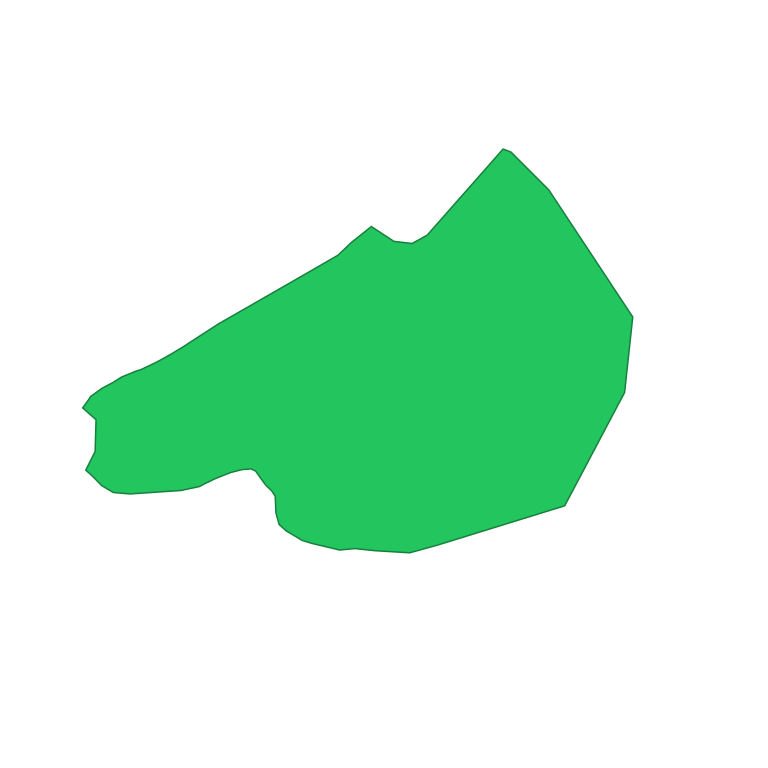 Abu Jabrah, Eastern Darfur, Sudan (orthographic projection), rotated 310°
{"feature_id": "16777658B57508233382932", "entity_name": "Abu Jabrah", "entity_type": "district", "adm_level": 2, "iso_a3": "SDN", "parent_name": "Sudan", "parent_adm1": "Eastern Darfur", "projection": "orthographic", "projection_center": [26.739, 10.949], "detail": "fine", "context": "isolated", "style": "filled", "palette": "green", "viewbox_px": 768, "rotation_deg": 310, "n_neighbors": 0, "source": "geoboundaries", "source_scale": "gbopen_adm2", "svg_char_len": 1239}
<svg xmlns="http://www.w3.org/2000/svg" viewBox="0 0 768 768"><g transform="rotate(310 384 384)"><path d="M126.3,210.9L126.0,219.9L125.6,224.1L124.7,233.0L126.9,246.4L136.5,260.1L171.8,296.8L186.9,308.6L192.4,310.8L200.7,314.5L201.8,315.0L206.1,317.2L217.4,323.3L227.2,330.3L230.4,333.6L233.4,336.6L234.7,341.1L234.8,341.6L232.6,349.8L230.5,358.5L229.9,366.8L228.1,372.8L217.3,382.7L215.8,384.1L208.9,394.0L208.6,403.6L211.6,422.0L215.6,431.4L221.7,443.5L228.2,456.6L239.2,467.5L248.5,481.3L250.4,484.1L271.2,512.2L295.8,529.1L327.5,549.5L406.5,600.5L406.8,600.7L435.4,594.6L506.8,579.2L515.2,577.4L532.1,573.8L568.5,549.4L595.2,531.5L595.3,531.3L602.5,507.0L612.6,473.1L625.1,430.9L638.6,385.5L643.3,332.2L643.2,332.0L643.2,331.8L643.0,331.5L642.7,330.5L642.7,330.4L642.3,329.4L642.2,329.0L641.7,327.5L641.6,327.2L641.1,325.8L641.0,325.5L640.9,325.2L640.6,324.4L640.5,324.2L525.8,321.4L509.7,315.2L499.6,299.8L496.5,273.1L471.3,268.0L453.2,266.0L437.9,260.4L431.7,258.2L385.6,241.3L324.1,218.7L302.7,212.1L282.7,206.0L267.7,200.8L254.0,195.5L238.5,188.4L234.6,185.8L220.9,178.6L211.0,175.4L199.7,170.8L186.0,167.3L182.1,167.8L172.0,168.5L171.5,186.4L146.6,206.1L126.3,210.9Z" fill="#22c55e" stroke="#15803d" stroke-width="1.5"/></g></svg>